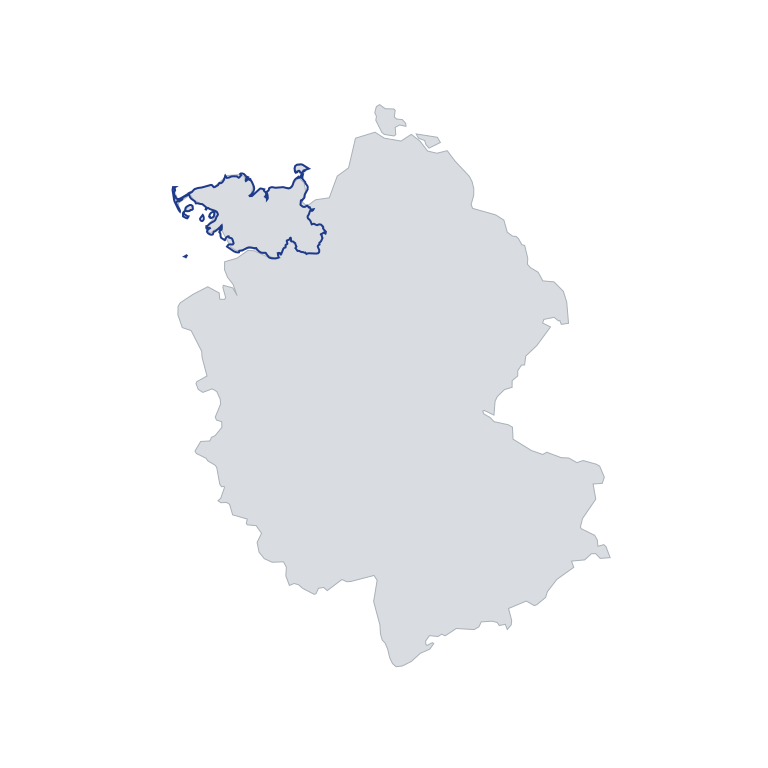 location of Schleswig-Holstein within Germany, rotated 331°
{"feature_id": "DEU-1579", "entity_name": "Schleswig-Holstein", "entity_type": "State", "adm_level": 1, "iso_a3": "DEU", "parent_name": "Germany", "parent_adm1": "", "projection": "mercator", "projection_center": [9.834, 54.215], "detail": "fine", "context": "in_parent", "style": "outline", "palette": "blue", "viewbox_px": 768, "rotation_deg": 331, "n_neighbors": 0, "source": "natural_earth", "source_scale": "10m", "svg_char_len": 9841}
<svg xmlns="http://www.w3.org/2000/svg" viewBox="0 0 768 768"><g transform="rotate(331 384 384)"><path d="M343.8,642.5L328.7,632.9L315.4,633.9L313.2,630.8L308.7,631.0L301.8,626.1L295.8,629.0L294.4,631.8L294.8,633.5L300.9,633.7L301.7,635.1L295.6,638.1L285.3,637.1L273.4,639.9L263.3,639.5L257.5,637.1L255.9,632.7L256.3,626.2L258.7,617.5L259.4,611.2L258.3,607.1L259.7,601.0L263.6,592.8L269.5,569.2L282.8,552.4L282.5,546.6L259.5,540.7L255.7,539.0L252.4,534.6L234.2,537.2L232.6,532.7L227.7,530.9L222.7,534.5L220.9,534.0L213.8,523.3L212.0,518.2L208.7,514.9L203.6,514.3L205.1,504.3L209.8,496.9L209.9,490.8L199.8,485.7L194.6,478.7L193.2,470.5L196.2,461.0L204.5,455.2L203.5,445.9L196.3,441.0L195.9,439.4L198.9,435.8L188.2,425.1L190.6,414.3L188.8,411.2L183.8,408.8L182.2,405.6L185.8,404.8L194.2,397.3L194.5,396.1L192.1,395.1L191.8,392.0L197.2,376.0L197.0,373.3L192.5,365.5L192.4,362.7L186.2,353.9L186.2,351.0L195.8,345.4L204.1,349.4L207.2,347.0L211.3,347.3L221.2,343.3L223.8,338.3L220.0,334.3L220.4,331.1L231.5,322.2L233.4,317.8L234.1,309.6L232.6,306.8L231.1,304.9L221.5,303.5L218.9,298.7L219.8,292.4L221.5,291.2L233.1,291.2L237.7,272.8L240.4,267.0L241.2,243.8L234.9,236.9L237.3,223.5L241.6,216.2L245.1,214.2L260.3,213.0L277.0,213.5L284.0,224.5L281.4,230.1L285.5,232.7L287.4,231.7L289.9,221.4L291.3,219.8L298.3,226.6L298.4,235.5L300.3,223.5L298.9,215.0L299.9,206.8L303.9,199.8L316.2,202.7L329.7,201.2L334.9,204.4L346.5,220.2L355.2,223.6L348.5,220.2L334.4,201.0L319.7,195.9L316.4,190.4L316.6,170.8L311.0,166.9L305.0,168.2L304.2,163.8L305.2,160.5L318.6,155.2L318.8,149.8L306.7,130.5L306.1,121.9L316.4,122.4L328.9,126.4L331.9,129.2L347.8,125.6L360.0,131.3L365.7,139.5L366.0,146.5L359.0,154.8L371.1,153.6L374.1,159.6L380.6,157.4L397.0,166.6L409.4,161.9L411.6,169.3L409.2,176.8L400.5,184.8L402.4,189.7L405.2,190.8L413.4,189.7L426.4,194.6L443.9,179.5L457.8,177.8L478.2,155.2L498.2,159.4L503.4,169.1L516.7,179.8L528.9,178.9L533.2,189.0L535.1,201.4L542.1,207.8L552.4,210.6L554.2,223.5L559.3,243.7L559.1,249.9L557.2,256.8L553.9,262.5L547.1,269.4L546.7,273.4L563.7,290.3L568.3,298.8L565.4,311.0L568.1,317.0L571.0,318.9L572.1,322.0L572.1,329.0L574.2,331.0L570.7,343.7L567.5,348.9L568.5,353.3L573.0,361.0L572.9,370.8L582.2,377.1L585.8,389.9L583.5,401.0L574.8,420.4L568.0,417.8L568.5,413.7L567.2,413.4L565.1,408.1L555.1,405.0L552.3,407.6L557.3,414.8L536.5,424.4L521.5,428.3L516.2,435.5L513.4,434.1L507.4,437.2L504.9,441.8L497.7,443.2L494.4,449.0L486.6,447.3L477.1,449.9L472.8,452.9L465.1,464.5L458.8,455.6L457.2,455.6L456.8,458.5L460.6,464.9L462.0,470.3L473.0,480.0L475.4,484.1L470.1,494.8L480.7,513.7L488.7,522.6L493.3,522.6L503.1,534.2L509.7,538.3L514.6,546.3L521.1,547.5L530.9,557.2L532.8,560.4L531.5,572.4L526.7,576.7L518.4,572.8L513.4,587.4L492.4,597.9L486.4,604.3L486.4,606.3L494.9,618.5L494.9,624.0L492.4,629.6L498.4,631.1L499.3,634.0L497.6,645.5L488.5,641.3L486.9,635.0L483.1,633.0L474.2,635.1L462.1,629.8L461.1,636.3L440.4,638.7L426.1,644.9L421.9,649.0L410.7,651.1L408.0,650.7L403.2,642.8L384.1,640.7L381.0,652.8L378.5,656.3L372.8,658.5L373.6,653.0L367.7,651.1L367.4,647.4L363.5,643.8L353.7,639.2L349.3,642.4L343.8,642.5ZM528.2,161.6L529.3,166.7L528.1,169.3L523.2,165.0L518.2,165.0L515.2,171.6L513.0,171.9L505.3,165.9L504.1,163.0L504.7,149.3L507.1,146.4L507.5,142.2L511.8,137.7L515.6,137.5L518.6,143.9L525.9,148.2L526.5,150.0L522.5,155.4L523.5,158.4L528.2,161.6ZM550.3,194.1L550.4,200.1L537.7,199.5L536.7,195.0L537.6,190.7L533.4,185.9L533.4,180.9L550.3,194.1ZM291.9,126.2L289.2,132.4L289.6,121.6L294.5,110.0L296.5,110.3L293.8,115.6L293.3,122.2L304.4,122.8L303.1,124.8L291.9,126.2ZM421.3,158.9L414.5,159.1L409.3,155.3L412.6,150.2L419.1,152.6L421.3,158.9ZM302.5,136.5L300.8,138.4L294.3,136.4L299.1,132.9L301.9,133.8L302.5,136.5Z" fill="#d9dde1" stroke="#a8b0b8" stroke-width="1"/><path d="M312.9,121.7L316.4,122.4L319.9,123.8L329.3,126.0L330.0,126.7L330.3,128.5L330.6,129.4L331.4,129.7L335.3,129.6L335.7,129.2L336.4,129.0L336.8,128.6L337.6,128.4L338.5,129.2L339.3,129.3L340.6,129.1L343.2,127.7L344.0,126.7L345.1,126.2L345.7,125.2L346.2,124.8L346.4,127.5L348.5,128.3L351.2,128.5L353.0,129.3L356.0,131.1L356.5,132.4L357.0,133.2L358.1,133.0L360.1,132.2L360.0,130.6L361.0,130.5L362.4,131.4L363.4,132.7L364.0,135.3L364.3,135.9L365.5,137.4L365.0,137.8L363.4,137.4L363.5,137.6L362.4,138.4L361.8,138.6L361.7,138.8L361.6,139.5L362.3,139.5L363.4,139.2L364.6,139.1L365.2,140.0L365.7,139.6L366.2,139.6L366.5,140.0L366.1,141.1L366.4,142.1L366.4,143.7L366.1,146.8L365.9,148.1L365.6,149.2L365.2,150.1L364.6,150.9L363.2,152.2L361.4,153.2L359.5,153.9L357.7,154.1L357.7,154.6L359.6,155.6L370.2,153.0L371.1,153.3L373.7,155.7L372.8,156.5L372.8,157.4L373.2,158.3L373.4,159.5L373.2,160.5L372.5,161.5L371.7,162.1L371.0,162.4L371.3,162.7L371.3,162.9L371.0,163.4L371.5,163.9L371.6,164.6L371.4,165.3L371.0,166.0L372.0,165.6L372.7,164.7L373.7,162.4L374.3,159.9L374.6,159.2L375.1,158.9L376.7,158.8L377.3,158.4L378.3,157.2L378.8,157.0L380.6,157.2L381.6,157.6L384.3,159.8L391.2,162.9L395.2,166.6L397.0,167.1L399.0,166.7L400.5,165.8L403.0,163.4L404.4,162.5L406.0,161.8L409.6,161.3L409.6,161.9L407.7,161.9L408.5,162.3L409.3,162.0L410.3,162.7L413.4,160.8L414.8,161.3L413.1,163.2L412.7,163.9L411.7,163.4L412.2,164.7L412.6,167.7L413.0,169.1L412.6,170.0L412.7,171.3L413.0,173.5L412.8,174.8L411.9,175.9L411.7,176.6L406.6,179.9L404.9,182.2L404.1,182.7L402.0,183.3L401.6,183.7L401.0,183.1L400.6,183.1L400.2,183.3L397.9,186.7L397.9,187.1L398.5,188.6L399.1,189.7L400.0,190.4L401.2,190.8L402.9,190.6L403.3,190.8L403.6,191.5L403.7,192.4L403.8,193.1L404.7,193.3L404.6,195.6L404.9,196.1L405.3,196.4L407.1,197.0L406.4,197.5L405.0,197.7L404.7,197.5L404.7,196.7L403.7,196.5L402.7,197.2L400.5,199.2L398.5,200.3L398.0,201.3L397.8,202.3L397.9,202.6L398.4,203.9L398.7,205.9L398.2,209.3L400.3,209.8L402.0,212.2L402.5,212.6L402.9,212.8L403.8,212.7L405.0,213.1L406.1,214.0L406.4,214.5L406.4,215.4L406.8,216.1L406.9,216.5L406.9,217.4L406.7,217.7L406.2,218.1L406.2,219.4L406.8,221.9L406.7,222.2L406.3,222.5L406.8,222.8L406.1,223.8L405.7,224.1L405.5,223.8L405.2,222.7L404.7,222.3L402.5,222.6L401.8,222.3L401.3,222.5L401.3,222.9L401.5,224.1L401.0,225.4L401.0,226.5L398.2,228.6L395.8,229.3L395.3,230.6L395.2,230.8L394.2,230.7L393.0,231.3L392.7,231.7L392.4,234.1L392.4,235.0L392.2,235.7L391.2,237.2L389.8,237.7L388.0,237.1L381.8,233.3L380.2,232.7L379.2,232.7L378.9,231.0L378.5,231.0L377.0,229.3L375.7,228.5L374.2,226.3L373.0,225.8L372.8,225.5L372.7,224.0L372.4,222.2L374.0,221.4L374.2,219.2L374.6,217.8L374.4,217.3L374.0,216.9L373.8,215.6L372.2,214.4L372.0,214.0L372.7,212.4L373.2,211.5L373.3,211.1L373.2,210.8L372.5,210.8L371.3,211.8L368.6,211.4L368.2,211.9L367.6,214.3L367.4,214.5L367.0,214.7L366.2,214.6L365.3,214.8L364.9,215.3L364.5,216.4L364.0,216.8L362.7,216.5L361.5,216.9L357.2,220.5L356.6,220.8L356.3,220.6L356.2,220.3L356.4,218.9L355.4,218.2L354.5,218.1L354.4,218.9L353.8,219.7L353.3,222.3L351.2,222.0L349.6,221.4L346.4,219.3L344.9,217.7L344.4,215.3L344.1,212.0L343.7,211.6L341.0,210.2L339.9,209.2L338.8,207.0L338.2,204.6L338.1,203.1L336.5,202.4L333.7,200.0L332.0,199.0L330.4,198.6L324.8,198.5L322.0,197.4L321.5,197.7L321.0,198.5L320.0,198.1L318.4,196.9L317.0,195.1L313.3,187.7L315.0,186.9L315.9,186.8L316.9,187.1L318.6,188.3L319.6,188.6L320.6,188.1L320.9,187.3L321.2,185.8L321.5,184.2L321.5,183.1L321.0,182.3L319.5,180.8L319.7,179.5L318.6,179.1L317.1,179.4L315.6,180.1L314.8,181.0L314.5,181.0L313.3,178.9L312.4,176.9L312.8,175.3L313.9,172.9L313.6,171.7L313.6,171.2L314.1,170.8L316.8,170.2L317.2,169.8L318.6,167.6L319.0,166.5L318.0,166.7L316.4,168.2L315.4,168.6L315.7,167.5L310.7,168.6L309.2,168.3L308.5,168.6L307.0,170.0L306.5,170.2L305.3,169.7L304.1,168.6L303.2,166.9L303.0,165.0L303.7,164.2L304.9,163.6L306.2,163.4L307.3,163.4L307.3,162.9L306.5,162.7L305.9,162.1L305.3,161.9L304.6,162.9L304.2,162.1L304.3,161.2L305.2,159.8L306.1,160.2L309.7,159.2L314.5,159.2L315.7,158.9L316.6,158.3L318.4,156.7L320.1,155.9L320.9,155.3L321.2,154.1L321.2,152.2L320.1,150.5L316.5,146.6L316.0,145.8L315.7,145.0L315.3,144.6L314.4,144.6L313.5,144.9L313.0,145.2L312.7,144.7L314.2,143.6L312.7,139.5L312.1,138.4L310.8,137.6L308.5,135.5L307.0,134.8L307.2,132.9L306.6,131.3L305.2,128.5L304.9,126.5L305.1,124.7L305.7,122.5L307.3,123.0L308.9,123.0L311.9,121.9L312.9,121.7ZM419.0,152.6L422.7,159.2L417.1,158.3L416.3,158.8L416.7,159.2L414.9,159.3L413.8,159.1L413.3,158.5L413.4,157.0L413.2,156.4L412.5,156.1L411.4,156.1L410.9,156.2L410.6,156.7L410.2,156.7L409.9,155.8L409.2,156.1L409.1,155.1L410.3,152.0L412.0,150.3L414.2,150.0L417.9,151.6L419.0,152.6ZM292.5,118.5L292.2,121.2L293.7,122.6L295.8,123.2L305.4,122.7L304.3,123.6L298.8,123.3L296.9,124.6L296.3,124.8L293.2,124.8L292.9,124.6L292.6,124.0L291.8,123.8L290.1,124.8L289.9,125.1L289.8,125.6L289.7,127.1L289.6,127.4L289.8,131.6L289.6,133.0L289.4,134.0L289.1,134.3L288.9,133.2L288.8,131.2L289.3,122.9L289.7,121.2L293.1,111.8L294.9,109.5L297.0,110.6L294.3,110.8L294.0,111.2L295.2,111.3L295.6,112.2L295.2,113.3L293.4,114.3L292.6,115.5L292.1,117.1L292.5,118.5ZM298.5,133.2L301.0,133.3L302.0,133.9L302.8,135.3L302.8,135.8L302.4,136.4L301.9,137.9L301.5,138.4L300.9,138.6L300.2,138.5L299.1,138.0L298.0,138.4L296.6,138.0L294.0,136.4L294.9,134.8L295.9,133.8L297.1,133.3L298.5,133.2ZM319.0,150.9L318.7,151.2L318.8,152.0L318.0,152.8L316.8,154.6L315.7,155.1L313.8,155.2L312.9,154.9L312.4,154.1L312.9,153.8L313.0,153.4L312.8,152.9L312.4,152.6L313.8,151.2L315.4,150.5L317.1,150.4L319.0,150.9ZM304.6,149.5L307.4,148.3L307.5,149.1L307.1,150.9L306.1,152.6L304.9,153.3L303.9,153.3L303.3,152.8L302.9,151.7L303.1,150.4L304.6,149.5ZM291.3,138.0L293.5,142.1L294.3,142.6L293.7,143.1L292.2,143.7L291.2,142.7L290.3,141.2L289.5,140.0L290.7,137.6L291.5,136.7L292.5,136.4L292.5,136.7L292.2,136.9L291.3,138.0ZM272.4,176.9L272.2,177.0L272.1,176.7L271.3,175.8L272.0,175.8L272.2,176.1L272.4,176.9ZM272.7,176.0L273.5,175.7L273.7,176.1L273.0,176.4L272.7,176.0Z" fill="none" stroke="#1e3a8a" stroke-width="2"/></g></svg>